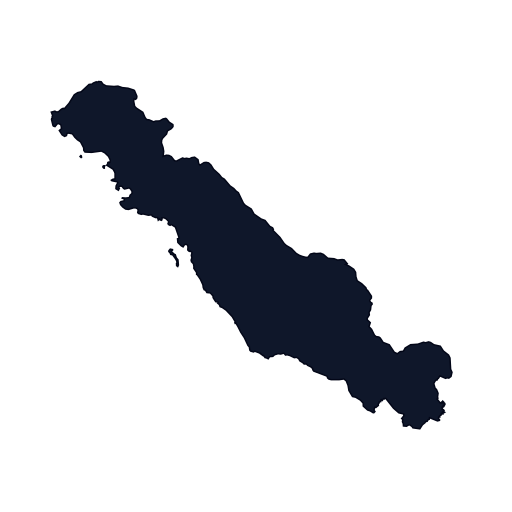 Barru, Sulawesi Selatan, Indonesia, rotated 316°
{"feature_id": "22746128B81694843903641", "entity_name": "Barru", "entity_type": "district", "adm_level": 2, "iso_a3": "IDN", "parent_name": "Indonesia", "parent_adm1": "Sulawesi Selatan", "projection": "natural_earth1", "projection_center": [119.645, -4.434], "detail": "fine", "context": "isolated", "style": "filled", "palette": "ink", "viewbox_px": 512, "rotation_deg": 316, "n_neighbors": 0, "source": "geoboundaries", "source_scale": "gbopen_adm2", "svg_char_len": 6074}
<svg xmlns="http://www.w3.org/2000/svg" viewBox="0 0 512 512"><g transform="rotate(316 256 256)"><path d="M208.7,10.3L207.2,13.8L205.9,14.3L205.3,15.5L204.5,15.2L203.7,15.8L200.7,20.9L200.5,21.8L201.3,23.3L204.9,22.9L205.9,23.5L206.7,25.5L206.5,26.6L204.5,29.3L201.7,29.1L200.7,34.2L201.4,37.0L203.3,37.7L205.3,36.5L206.7,37.5L208.8,40.6L208.2,44.6L208.3,48.4L209.1,52.0L207.2,58.4L205.5,60.4L205.2,62.4L209.7,67.2L217.7,73.1L218.9,76.7L219.1,81.9L217.8,85.8L216.3,87.1L215.5,87.1L215.4,86.2L214.4,85.8L213.5,86.6L211.7,87.0L213.5,94.2L212.7,97.3L212.0,98.7L208.2,102.6L206.4,101.4L204.6,101.0L204.6,101.7L207.7,106.3L207.7,107.2L204.1,108.4L202.0,110.3L202.7,113.1L204.7,112.4L204.7,111.6L205.4,111.0L206.7,111.3L207.5,112.1L208.0,113.0L207.7,115.3L208.0,116.5L212.1,118.9L212.3,120.7L211.7,123.5L210.2,124.9L207.7,124.8L205.4,126.0L202.5,123.8L200.3,121.3L199.9,121.5L201.1,123.4L199.4,124.7L196.6,123.0L195.2,123.1L194.3,125.1L194.2,128.2L194.8,131.6L196.6,133.9L201.5,136.4L203.0,138.0L203.5,139.5L203.4,140.9L201.1,142.6L201.0,143.7L202.5,146.4L203.9,147.2L206.9,151.9L209.5,153.9L209.1,155.3L210.5,158.7L211.9,160.0L210.6,162.3L212.3,162.3L212.1,163.2L212.7,164.6L213.4,164.6L214.9,163.3L216.4,164.6L217.2,166.9L217.2,170.2L216.8,170.9L215.3,171.5L214.9,172.5L215.5,174.2L216.8,174.5L217.1,175.2L218.1,179.3L213.5,189.1L212.8,189.7L211.5,189.1L209.2,192.0L209.3,196.7L209.9,198.8L212.3,198.2L213.8,198.9L214.1,199.7L214.2,200.8L213.4,202.2L211.1,204.3L211.1,205.8L211.5,206.6L212.1,206.5L212.5,209.0L209.9,210.6L208.7,212.7L206.4,213.9L206.4,214.9L205.6,215.2L205.6,218.1L204.0,220.5L202.7,221.7L201.8,226.7L200.5,228.0L200.8,228.4L199.8,234.1L197.8,239.8L196.1,242.1L195.3,244.3L195.9,245.6L195.3,248.2L197.5,250.8L197.3,255.3L196.6,255.6L196.1,256.7L195.3,260.9L196.7,262.9L196.2,263.9L195.7,263.7L195.9,265.5L195.0,267.5L196.0,269.6L196.9,274.1L196.8,283.1L195.3,289.3L194.6,289.2L194.2,290.0L194.9,290.4L194.0,294.2L192.1,300.3L190.9,306.6L188.1,314.8L188.1,316.7L186.2,319.4L186.1,320.7L187.6,323.3L189.0,323.6L191.6,329.1L191.3,329.2L191.9,332.7L192.3,332.8L192.0,335.5L192.4,335.6L193.4,338.4L195.8,337.8L198.4,339.9L200.7,339.9L204.0,341.6L205.7,343.7L208.2,345.0L208.6,345.8L208.4,347.7L209.8,348.7L211.2,351.0L212.9,355.7L214.8,357.1L215.4,359.5L214.7,361.9L215.6,365.3L215.6,367.1L217.3,368.8L217.2,370.5L218.4,373.7L218.6,376.1L217.8,377.5L217.6,378.9L223.3,391.0L223.6,392.0L222.8,393.4L222.9,395.1L224.2,397.2L229.9,402.7L233.8,405.5L234.2,408.5L232.3,413.1L229.4,417.3L227.8,424.1L229.6,426.8L231.0,432.2L230.9,436.3L228.9,438.5L229.3,444.3L230.6,446.8L231.4,450.1L231.9,450.6L233.5,450.5L233.7,448.9L236.3,447.2L237.0,448.2L240.2,448.5L241.2,447.3L242.3,447.3L243.3,446.6L244.6,447.4L245.9,446.2L246.4,446.3L246.5,447.6L248.7,447.2L249.0,448.0L249.9,448.0L250.4,448.8L249.2,461.0L249.8,468.0L252.5,472.3L251.3,473.7L247.9,474.1L248.0,475.6L246.2,477.0L245.5,478.9L244.0,480.7L246.0,483.0L248.3,483.5L249.3,484.3L249.8,487.1L249.5,488.6L253.8,494.1L258.5,493.0L261.8,493.3L262.8,492.9L264.3,493.8L265.9,493.3L267.2,493.8L268.5,492.8L272.0,500.7L273.8,501.7L274.4,501.0L274.2,499.8L275.4,498.8L276.4,499.5L277.0,498.5L278.7,499.0L280.1,498.0L281.0,498.2L280.3,499.0L280.7,499.5L281.2,499.0L283.0,499.4L282.3,497.9L283.8,498.0L284.1,497.0L283.4,495.3L284.6,494.8L284.7,494.0L286.4,493.9L285.7,494.6L286.5,494.8L287.4,494.4L287.4,493.8L288.2,494.2L289.1,493.8L289.4,492.9L288.3,491.6L289.5,491.5L289.5,490.1L288.1,490.5L287.8,489.4L287.5,490.7L286.4,489.7L286.9,484.7L288.0,484.7L288.7,483.5L291.6,481.2L293.1,477.4L293.0,475.5L295.2,471.3L297.7,470.4L299.4,470.4L300.3,471.0L301.3,470.4L302.1,470.7L305.0,470.0L307.4,475.7L308.8,476.3L309.9,477.8L312.6,478.1L316.2,475.8L317.3,472.7L324.7,464.1L325.7,461.0L324.8,454.5L325.9,448.9L322.3,443.4L321.5,439.5L320.5,437.7L317.7,436.2L316.6,434.4L311.2,431.9L305.6,427.2L299.4,425.8L295.9,426.9L293.3,424.9L289.8,424.5L288.6,421.3L290.2,412.4L287.4,406.5L288.4,401.3L288.1,399.6L286.4,397.4L286.2,395.3L288.2,389.0L288.2,385.3L291.9,383.3L291.7,379.3L292.6,378.1L296.6,377.1L298.1,375.1L300.9,374.3L304.3,371.5L306.1,371.3L306.7,370.4L306.3,369.0L306.6,367.3L307.4,366.7L309.8,366.4L311.1,365.1L312.4,358.2L312.1,357.0L313.0,355.1L312.8,349.5L311.6,344.1L313.4,340.4L316.3,336.9L317.1,333.4L315.9,327.8L314.5,324.2L316.3,324.9L316.7,320.0L315.5,318.4L311.9,315.6L310.2,312.1L306.1,307.5L305.6,301.7L304.4,298.9L301.0,296.1L299.7,294.3L296.5,292.4L292.3,293.0L290.8,291.4L289.1,288.6L287.7,285.7L286.7,282.0L286.7,275.3L285.1,269.5L284.9,266.6L286.1,259.4L286.0,249.1L287.0,248.9L287.5,247.2L286.5,244.2L287.2,236.7L285.4,233.0L283.7,224.5L285.2,218.9L283.5,212.1L283.6,209.3L287.3,198.2L286.8,195.6L286.9,192.0L286.0,187.5L286.6,178.7L285.8,175.8L286.2,171.6L285.7,164.2L286.8,159.2L286.6,156.1L285.2,154.0L283.5,152.7L278.8,151.7L278.9,149.9L281.2,146.4L280.5,142.3L278.1,140.6L275.6,139.8L273.9,137.4L272.1,136.2L271.3,134.5L264.5,132.4L263.6,130.8L264.1,125.7L263.2,123.1L261.5,121.2L258.4,119.8L262.3,116.6L264.5,113.4L266.6,108.9L268.7,107.1L270.4,106.4L276.4,106.1L279.2,104.5L283.2,105.5L285.5,105.4L286.5,105.0L287.5,103.7L286.5,99.5L286.9,95.3L286.7,94.3L284.3,92.8L280.5,91.9L277.4,89.1L275.6,88.4L273.7,83.8L272.1,81.8L272.4,79.2L274.4,74.0L272.7,66.6L272.7,64.0L275.4,59.9L277.2,58.2L277.8,58.3L278.0,59.5L278.7,59.7L279.9,59.5L281.3,58.3L283.5,52.6L283.4,51.8L280.5,46.4L276.8,42.0L274.7,37.9L271.6,35.4L266.4,29.6L265.3,26.2L265.7,23.1L264.0,21.1L262.0,20.5L262.1,19.7L259.0,18.5L257.5,18.5L255.1,16.6L244.3,16.4L241.2,14.6L237.3,13.8L227.5,16.3L220.5,16.9L219.9,15.8L218.1,15.2L213.9,15.0L212.3,13.5L212.0,12.1L208.7,10.3ZM200.4,193.4L199.1,191.5L197.1,191.7L196.4,192.3L196.4,194.1L195.8,195.6L196.9,197.3L196.2,202.0L195.6,204.4L194.6,205.9L193.7,206.1L192.2,207.8L192.4,209.2L193.9,208.6L197.2,204.5L197.4,201.9L198.8,199.0L198.4,197.9L198.2,194.3L199.1,193.5L200.0,193.8L200.4,193.4ZM207.9,87.4L208.4,86.8L209.9,86.0L208.8,85.1L207.7,85.5L207.5,86.9L207.9,87.4ZM199.1,63.8L199.9,62.6L199.8,62.1L198.5,62.2L198.6,63.7L199.1,63.8Z" fill="#0f172a" stroke="#020617" stroke-width="1.5"/></g></svg>